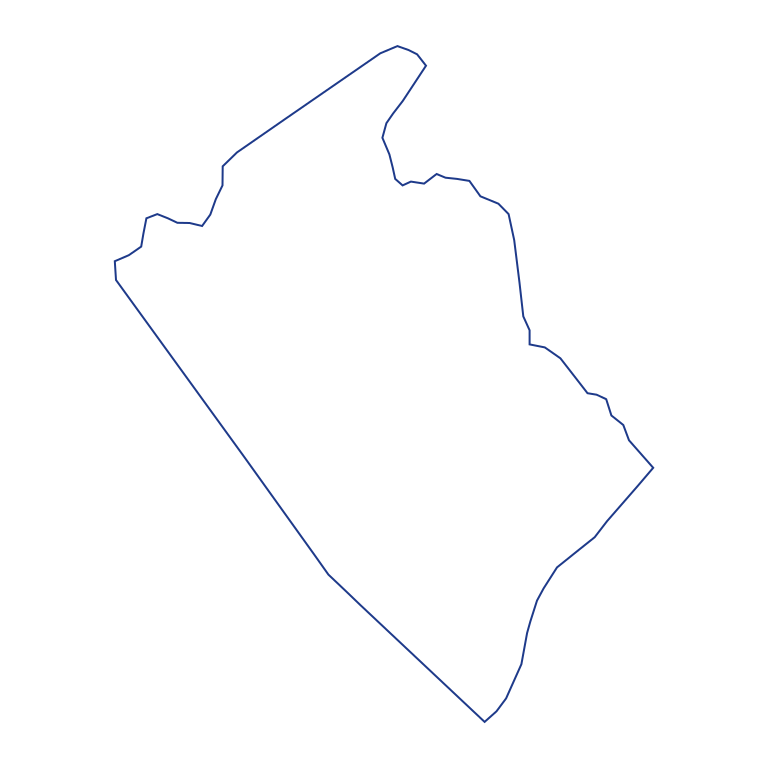 Santa Rosa do Sul, Santa Catarina, Brazil
{"feature_id": "56859067B70095049374994", "entity_name": "Santa Rosa do Sul", "entity_type": "district", "adm_level": 2, "iso_a3": "BRA", "parent_name": "Brazil", "parent_adm1": "Santa Catarina", "projection": "equal_earth", "projection_center": [-49.735, -29.123], "detail": "fine", "context": "isolated", "style": "outline", "palette": "blue", "viewbox_px": 768, "rotation_deg": 0, "n_neighbors": 0, "source": "geoboundaries", "source_scale": "gbopen_adm2", "svg_char_len": 998}
<svg xmlns="http://www.w3.org/2000/svg" viewBox="0 0 768 768"><path d="M653.2,467.8L629.0,440.3L623.3,425.0L611.4,415.5L606.2,399.2L596.6,394.7L587.5,393.2L573.7,375.4L560.4,358.3L544.8,347.4L529.6,344.4L529.6,330.3L523.3,316.4L519.5,282.7L514.2,240.1L508.6,214.1L498.4,203.7L480.4,196.3L469.4,180.9L457.0,178.9L445.5,177.7L436.6,174.0L424.1,183.6L410.9,181.6L402.6,185.4L395.2,178.9L392.7,167.5L389.4,154.4L382.4,137.8L386.4,123.2L393.1,113.5L402.8,100.9L426.0,65.7L417.1,54.3L408.5,50.0L397.4,46.1L380.3,53.3L285.6,118.7L237.0,152.4L222.7,166.3L222.5,185.4L215.8,199.2L210.3,214.6L202.1,226.0L189.6,223.0L177.4,222.8L167.9,218.3L157.3,214.1L146.4,218.3L143.4,233.7L141.2,246.6L128.8,255.2L114.8,261.2L116.0,280.0L243.7,456.2L314.3,554.7L328.4,574.6L345.1,590.4L360.3,605.0L484.6,721.9L496.5,711.3L506.1,698.4L521.4,664.2L527.1,633.0L530.3,621.6L537.0,600.6L543.6,588.4L557.0,567.4L578.9,549.8L594.7,537.2L607.1,521.1L637.6,486.1L653.2,467.8Z" fill="none" stroke="#1e3a8a" stroke-width="2"/></svg>